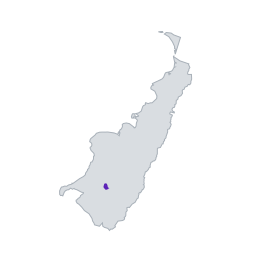 Mitre, Santiago del Estero, Argentina shown in context, rotated 197°
{"feature_id": "61730980B33007651807911", "entity_name": "Mitre", "entity_type": "district", "adm_level": 2, "iso_a3": "ARG", "parent_name": "Argentina", "parent_adm1": "Santiago del Estero", "projection": "mercator", "projection_center": [-62.854, -29.629], "detail": "fine", "context": "in_parent", "style": "filled", "palette": "violet", "viewbox_px": 256, "rotation_deg": 197, "n_neighbors": 0, "source": "geoboundaries", "source_scale": "gbopen_adm2", "svg_char_len": 4228}
<svg xmlns="http://www.w3.org/2000/svg" viewBox="0 0 256 256"><g transform="rotate(197 128 128)"><path d="M156.4,68.6L155.1,70.9L155.4,72.3L154.3,75.8L154.6,76.5L153.6,78.2L154.0,80.0L153.5,81.8L153.7,84.0L153.3,84.7L152.5,84.9L151.9,88.0L152.7,91.0L152.0,91.6L153.2,93.8L156.7,95.7L158.4,97.7L158.5,98.5L157.6,99.8L157.5,100.8L158.0,102.3L158.9,103.1L160.6,103.7L160.8,105.7L160.5,107.0L157.4,111.7L156.7,113.7L153.7,115.8L145.9,118.3L139.8,119.2L136.4,119.0L134.1,118.0L134.3,120.7L135.4,121.5L134.8,121.6L135.3,122.1L135.0,124.3L134.3,124.7L133.8,126.6L133.8,128.2L134.5,129.5L133.8,130.9L131.1,132.3L128.0,132.6L122.2,130.4L122.4,130.1L122.1,129.9L121.2,130.4L120.8,132.2L121.4,135.1L121.2,137.7L121.6,138.5L123.7,139.5L123.5,140.5L124.2,140.6L125.7,140.4L125.9,139.6L125.1,139.3L127.2,138.6L128.0,139.7L128.0,142.3L127.7,143.0L126.1,143.5L125.6,143.4L124.7,141.5L123.9,141.1L121.6,142.1L121.4,142.7L124.7,144.1L122.3,145.5L120.3,148.0L120.2,152.6L119.8,153.9L118.4,155.1L118.2,156.0L118.7,156.6L118.5,157.4L115.9,157.2L114.0,158.6L112.3,159.1L109.2,164.5L109.7,167.1L113.1,171.0L117.5,172.1L118.0,173.4L117.8,174.9L117.3,175.9L115.7,176.7L117.1,176.7L117.7,177.6L109.9,184.7L108.8,186.9L108.4,191.3L107.8,192.2L106.1,193.1L105.0,192.2L104.2,190.5L104.2,191.9L102.7,192.4L104.5,192.4L105.4,193.5L102.9,195.2L102.2,196.7L101.9,198.8L100.9,200.0L101.7,199.7L102.4,203.9L100.4,204.2L102.8,204.9L105.5,209.7L105.3,210.1L105.2,209.6L98.1,207.4L88.6,207.1L88.7,206.4L86.5,203.9L87.0,202.0L86.7,200.5L87.2,199.1L86.9,197.4L86.1,196.8L83.0,197.8L81.4,193.3L81.5,190.8L81.0,189.3L81.6,187.4L83.1,187.3L83.6,185.2L85.6,183.6L85.6,181.6L86.8,180.6L87.1,179.6L86.0,177.1L86.8,174.4L88.9,172.4L88.8,169.8L89.9,168.6L89.1,165.2L90.2,163.8L89.6,163.0L89.7,161.3L90.8,160.8L91.5,158.9L90.4,157.3L88.3,156.8L88.2,155.9L92.0,155.8L92.4,154.5L92.2,153.7L89.3,153.3L89.4,151.5L90.0,150.3L89.4,149.2L89.6,148.1L88.9,146.5L89.6,145.8L87.8,144.2L87.8,141.6L88.2,140.9L88.0,139.5L89.7,138.2L88.9,135.7L89.1,130.9L88.8,129.7L89.8,127.7L89.3,126.5L90.1,125.5L89.8,123.1L90.6,122.9L91.3,118.9L93.4,117.7L93.9,116.9L92.4,111.8L92.6,109.9L92.2,109.1L92.6,108.0L92.3,106.4L92.9,104.5L94.4,103.7L94.5,103.1L96.0,101.8L95.9,98.6L95.3,97.0L96.1,96.5L96.5,94.1L97.7,91.6L98.6,91.2L98.4,88.4L98.8,85.8L97.5,85.4L97.8,83.6L97.4,83.1L97.1,81.3L96.3,79.6L96.2,78.9L96.7,78.4L95.8,77.8L95.1,76.2L95.3,74.9L95.5,73.9L96.4,73.2L96.3,72.6L97.1,69.7L98.1,69.6L98.6,68.6L98.1,68.1L98.2,66.4L97.8,64.0L98.7,62.8L99.5,59.0L101.8,56.4L103.4,52.3L104.6,52.3L105.8,51.4L104.6,48.7L105.4,47.0L104.5,43.5L104.8,42.2L105.5,41.5L104.7,40.2L105.0,39.1L106.2,37.9L110.4,36.0L112.0,30.7L111.1,29.8L113.4,26.7L115.1,26.2L115.7,24.6L117.9,26.1L121.5,26.1L123.4,26.7L124.7,29.8L126.6,25.7L131.7,25.6L132.7,27.1L134.6,28.7L136.0,31.0L140.2,34.6L145.6,36.3L148.9,38.7L152.8,40.8L154.7,41.3L156.2,42.7L156.5,43.8L155.7,44.7L155.0,46.3L154.0,47.2L153.6,48.2L153.6,49.6L151.6,52.2L151.7,53.2L153.7,53.0L158.7,54.0L161.1,54.0L161.9,54.5L163.2,53.2L165.3,53.7L166.7,51.6L168.0,51.1L169.5,49.7L170.2,47.9L170.5,44.0L171.3,44.3L172.7,43.7L173.9,44.5L175.0,47.8L174.7,50.9L174.2,52.2L172.7,52.9L171.9,53.8L169.5,54.4L168.2,56.1L165.3,57.9L165.4,58.9L164.5,58.8L159.5,65.4L156.4,68.6ZM104.3,230.0L104.4,212.4L106.2,215.7L105.3,215.5L105.0,217.2L106.6,217.5L107.3,219.6L110.7,223.4L115.7,227.3L120.7,228.5L119.3,230.5L114.4,231.4L111.5,230.4L104.3,230.0ZM122.6,229.7L124.1,229.0L127.1,228.9L123.2,230.4L122.6,229.7ZM136.1,120.1L136.0,120.6L135.2,119.8L136.1,120.1Z" fill="#d9dde1" stroke="#a8b0b8" stroke-width="1"/><path d="M133.6,67.3L133.6,65.4L133.1,65.4L133.1,65.2L133.0,64.8L133.3,64.8L133.3,64.6L132.7,64.6L132.7,64.2L132.1,64.2L132.1,63.9L131.9,63.9L131.9,63.7L131.4,63.7L131.4,63.3L131.0,63.3L130.2,63.9L130.3,63.9L130.3,64.0L130.3,64.3L130.5,64.4L130.5,64.5L130.7,64.8L130.8,64.8L130.7,64.9L130.8,64.9L130.8,65.0L131.0,65.2L131.1,65.3L131.2,65.5L131.3,65.6L131.2,65.6L131.3,65.6L131.5,65.6L131.6,65.8L131.7,66.0L131.6,66.3L131.8,66.3L131.8,66.5L131.8,66.8L131.7,66.8L131.8,66.8L131.7,66.8L131.8,66.9L131.8,67.0L131.9,67.3L132.0,67.4L132.1,67.5L132.3,67.6L132.5,67.6L132.5,67.8L132.8,67.9L133.5,67.5L133.5,67.4L133.6,67.3Z" fill="#8b5cf6" stroke="#5b21b6" stroke-width="1.5"/></g></svg>